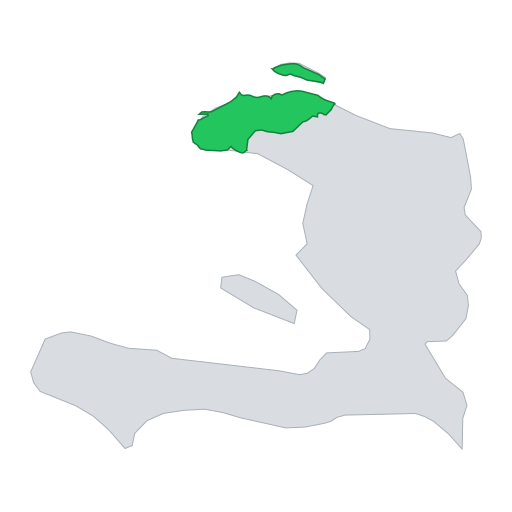 Haiti, with Nord-Ouest highlighted
{"feature_id": "HTI-1361", "entity_name": "Nord-Ouest", "entity_type": "Department", "adm_level": 1, "iso_a3": "HTI", "parent_name": "Haiti", "parent_adm1": "", "projection": "natural_earth1", "projection_center": [-72.992, 19.852], "detail": "fine", "context": "in_parent", "style": "filled", "palette": "green", "viewbox_px": 512, "rotation_deg": 0, "n_neighbors": 0, "source": "natural_earth", "source_scale": "10m", "svg_char_len": 2798}
<svg xmlns="http://www.w3.org/2000/svg" viewBox="0 0 512 512"><path d="M459.8,133.5L463.3,139.2L470.6,177.1L471.4,189.2L464.1,207.5L465.2,214.8L481.0,231.7L481.3,237.8L479.4,243.9L465.9,260.0L455.6,271.0L458.9,283.6L467.4,295.5L468.4,305.5L465.9,318.7L453.0,335.1L446.3,341.0L427.2,341.7L425.0,344.1L434.6,360.1L445.4,378.2L463.0,392.3L467.0,405.5L462.8,418.1L462.1,449.1L448.6,434.0L433.8,421.5L424.8,416.6L415.6,413.5L345.0,415.1L337.1,417.3L330.9,421.3L324.3,423.3L304.9,427.1L285.6,427.9L240.5,417.8L222.6,412.5L204.6,409.2L184.0,410.3L163.4,413.4L147.0,420.7L134.6,433.5L132.3,445.5L125.0,448.5L108.4,429.5L93.1,416.0L75.8,405.8L40.1,391.4L33.6,382.6L30.7,371.9L45.2,339.0L61.6,333.0L70.6,331.9L90.9,336.0L110.7,343.4L128.7,348.3L156.6,350.2L171.8,358.3L279.1,370.8L299.5,374.7L307.4,373.3L314.3,368.4L320.1,359.6L326.7,352.9L358.5,351.4L365.2,348.5L369.9,339.2L369.7,329.6L351.0,316.7L321.8,288.4L296.0,255.1L307.1,243.8L302.8,223.3L307.0,204.3L313.1,185.6L287.7,169.6L257.6,153.7L215.9,148.7L203.0,144.7L196.4,132.8L202.4,116.8L215.9,107.9L231.4,102.4L247.3,98.6L285.6,94.1L323.6,99.2L356.5,115.7L389.8,128.6L432.0,132.9L451.0,137.6L459.8,133.5ZM297.0,310.3L294.2,323.6L253.6,307.8L220.6,287.9L222.0,277.2L238.8,274.7L255.0,281.3L278.8,294.6L297.0,310.3ZM319.3,73.5L325.7,77.9L323.3,83.2L307.3,79.9L290.7,73.9L285.3,75.4L281.9,74.6L272.3,68.8L280.8,64.4L289.5,62.9L299.1,63.3L319.3,73.5Z" fill="#d9dde1" stroke="#a8b0b8" stroke-width="1"/><path d="M246.8,150.3L246.6,150.3L245.8,150.7L245.0,151.6L244.0,152.5L242.3,152.9L239.9,152.3L236.4,150.7L233.0,148.5L230.9,146.4L227.6,149.9L220.8,150.9L205.7,150.1L202.7,149.2L200.9,149.0L199.8,148.2L197.0,144.6L195.5,143.8L193.3,142.2L192.4,138.4L192.1,134.5L191.6,132.3L197.3,122.1L198.2,120.0L199.7,119.9L208.0,115.6L208.0,114.2L199.2,114.2L201.8,112.0L204.8,111.7L208.1,112.0L211.3,111.8L230.6,101.8L236.3,97.2L239.4,92.3L241.3,94.8L243.2,95.5L247.7,95.0L250.0,95.3L254.2,97.0L256.4,97.4L258.3,97.4L259.3,97.2L262.5,96.2L264.8,95.9L267.3,96.1L269.5,97.0L271.2,98.8L272.3,95.9L275.3,94.1L278.9,93.7L282.0,95.0L286.2,93.0L291.3,91.5L296.6,90.8L301.5,91.1L317.7,95.3L321.7,98.1L325.0,99.9L334.4,103.1L335.0,103.9L333.7,104.9L332.1,107.6L331.1,109.9L329.8,111.0L328.0,112.9L326.0,114.9L324.3,114.7L322.7,113.6L320.2,112.8L317.9,113.5L317.4,115.7L317.5,116.9L312.6,116.1L308.7,119.3L306.1,121.0L302.8,121.9L292.9,131.4L280.9,133.7L274.4,132.4L267.9,131.8L261.5,130.0L255.4,130.7L247.9,139.5L246.6,149.8L246.8,150.3ZM289.7,63.9L294.3,63.7L297.3,64.2L300.1,65.5L303.7,67.9L318.7,74.5L325.1,79.0L323.3,83.4L320.7,82.2L307.2,80.1L301.0,77.4L293.3,75.4L290.7,74.1L288.8,74.5L287.0,75.2L285.2,75.6L281.9,74.8L278.0,73.4L274.5,71.4L272.3,69.0L273.0,69.1L273.4,68.8L274.3,67.9L281.7,65.1L289.7,63.9Z" fill="#22c55e" stroke="#15803d" stroke-width="1.5"/></svg>